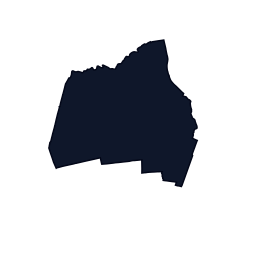 the district of Maracineni, Buzau, Romania, rotated 233°
{"feature_id": "2599482B67036070317980", "entity_name": "Maracineni", "entity_type": "district", "adm_level": 2, "iso_a3": "ROU", "parent_name": "Romania", "parent_adm1": "Buzau", "projection": "albers", "projection_center": [26.812, 45.202], "detail": "fine", "context": "isolated", "style": "filled", "palette": "ink", "viewbox_px": 256, "rotation_deg": 233, "n_neighbors": 0, "source": "geoboundaries", "source_scale": "gbopen_adm2", "svg_char_len": 4859}
<svg xmlns="http://www.w3.org/2000/svg" viewBox="0 0 256 256"><g transform="rotate(233 128 128)"><path d="M176.7,209.5L178.0,207.1L179.7,204.0L181.2,201.2L182.4,199.0L182.4,197.6L182.8,197.6L183.4,197.7L183.9,195.1L183.9,193.6L183.8,192.7L184.2,192.5L184.9,192.1L185.2,191.6L185.2,191.1L185.3,190.6L185.4,189.0L185.4,188.4L185.1,188.2L185.1,187.1L185.5,185.6L185.6,184.2L185.3,183.0L184.7,182.5L183.6,182.6L183.0,182.4L182.8,182.1L182.8,181.6L183.1,180.9L183.9,180.0L185.2,178.7L185.7,177.5L185.9,176.2L185.9,175.0L185.7,173.8L184.8,172.7L184.4,172.1L184.4,171.8L184.4,171.6L184.7,171.2L185.2,170.6L185.8,170.1L186.1,169.7L186.1,169.4L186.0,168.9L185.7,168.2L185.5,167.4L185.1,166.6L184.7,166.1L184.6,165.7L184.6,165.2L184.7,164.9L184.3,163.6L183.6,161.8L183.6,161.4L183.7,161.0L183.9,160.5L184.6,159.5L184.9,158.9L185.0,158.4L184.9,158.1L184.7,157.5L184.4,157.2L184.3,156.9L184.2,156.7L183.7,155.2L183.4,154.8L183.1,154.3L182.8,153.9L182.7,153.7L182.8,153.2L183.1,152.7L183.6,152.1L183.9,151.7L184.3,151.6L184.6,151.3L185.0,150.9L185.2,150.5L185.3,150.2L185.9,149.4L186.5,148.9L187.4,148.9L188.4,148.5L190.1,147.6L192.0,146.6L192.8,146.2L193.3,145.8L193.4,145.4L193.2,145.2L192.1,145.0L191.4,144.8L191.2,144.3L191.4,143.9L192.3,142.9L194.3,141.9L195.5,141.4L195.8,140.6L195.4,140.0L194.5,139.0L194.0,138.3L194.0,137.6L194.2,136.8L194.6,136.1L195.2,135.6L196.0,135.6L197.0,135.8L197.7,135.7L198.0,135.3L197.9,134.0L198.0,133.0L198.2,132.1L198.6,131.7L199.2,131.2L199.3,130.9L199.3,130.6L199.0,130.1L198.8,129.5L199.0,128.9L199.1,128.4L199.5,127.9L199.8,127.6L200.0,127.2L200.0,126.9L199.7,126.4L199.5,126.0L199.4,125.4L199.5,124.9L200.0,124.5L200.7,124.1L201.3,123.7L201.6,123.4L202.0,123.1L202.9,122.4L203.3,122.0L203.3,121.6L203.7,120.9L204.3,120.0L204.6,119.6L205.2,119.3L205.8,118.9L206.6,118.5L207.0,118.0L207.0,117.8L207.0,117.5L206.8,117.1L206.6,116.8L206.4,116.6L206.0,116.3L205.5,115.8L205.0,115.3L204.6,114.9L204.3,114.6L204.1,114.2L203.4,113.2L203.1,112.7L203.0,112.4L203.0,111.8L203.0,111.6L203.2,111.4L203.3,111.1L203.4,110.9L203.5,110.6L203.3,110.3L203.0,110.0L202.7,109.2L202.1,107.9L201.7,106.9L201.2,105.8L200.8,104.7L200.6,104.5L199.5,103.1L198.1,101.4L194.2,96.5L194.0,96.1L192.9,94.8L190.1,91.2L188.1,88.7L187.1,87.6L186.7,87.1L186.4,86.8L186.3,86.6L186.4,85.9L185.7,85.6L184.5,84.1L184.4,84.0L184.1,83.6L183.4,82.7L183.0,82.1L182.1,81.0L181.7,80.4L178.8,76.9L178.6,76.6L177.6,75.4L176.2,73.8L175.6,73.0L174.6,71.9L173.8,70.8L173.1,70.0L172.6,69.4L170.9,67.2L170.6,66.8L170.4,66.5L170.0,66.1L169.7,65.7L169.0,64.7L167.4,62.8L165.9,60.9L164.8,59.6L164.0,58.6L163.6,58.0L163.6,57.7L163.5,57.2L163.4,56.9L163.2,56.7L162.1,55.5L161.4,54.7L160.8,54.1L160.3,53.6L159.9,53.1L159.7,52.8L159.2,52.6L155.1,51.2L149.2,49.3L145.5,48.0L139.1,46.5L139.1,46.8L138.8,47.8L138.7,48.0L137.5,50.9L136.9,52.5L135.6,55.4L134.5,57.8L132.1,63.0L131.5,64.6L131.0,65.5L127.5,73.4L122.4,84.6L120.9,88.0L116.1,85.8L114.9,85.3L112.2,89.5L108.7,95.5L107.9,97.0L106.0,100.0L103.9,103.6L100.7,108.9L99.5,111.6L99.0,112.4L98.1,113.7L97.0,115.5L94.3,119.9L87.0,114.6L83.7,112.0L82.2,114.6L81.7,115.3L81.5,115.6L81.2,116.3L79.8,118.6L76.8,123.0L75.7,124.7L74.2,126.8L73.7,127.6L73.4,127.8L72.6,128.8L72.5,128.6L72.0,128.1L71.8,127.9L71.5,127.6L71.4,127.6L71.0,127.5L70.6,127.4L70.4,127.4L70.2,127.4L69.9,127.4L69.6,127.2L69.3,126.5L69.1,126.4L68.9,126.3L68.5,126.2L68.4,126.1L68.2,126.1L67.7,126.0L67.5,125.9L67.2,125.7L66.8,125.4L65.9,125.4L65.5,125.1L65.0,124.6L63.9,125.7L63.7,125.9L63.6,126.0L63.3,126.3L63.2,126.5L62.9,126.8L62.6,127.1L62.0,127.7L61.5,128.2L60.8,128.9L60.0,129.7L58.4,131.3L57.5,132.3L56.9,132.9L56.5,133.2L56.4,133.4L55.4,134.1L55.0,133.3L53.8,131.5L53.5,131.7L53.4,131.8L52.0,132.8L51.7,133.2L51.0,133.9L50.2,134.6L49.9,134.8L49.7,135.0L49.2,135.3L49.6,136.4L52.5,140.8L60.8,153.4L67.1,163.0L67.3,163.1L68.1,163.2L68.5,163.5L70.4,166.4L72.7,170.0L73.0,170.4L75.9,174.9L76.4,175.8L77.2,175.3L78.5,174.6L81.1,173.2L81.7,174.2L82.7,175.4L83.0,175.9L83.5,176.2L84.5,176.5L84.8,177.7L85.1,178.1L85.3,178.3L86.3,179.0L86.5,179.9L86.9,181.0L86.4,182.1L86.4,183.0L87.2,183.7L88.8,184.4L89.8,184.6L92.0,185.3L92.9,185.6L93.7,186.0L94.4,186.2L94.8,186.2L95.2,186.1L95.7,186.0L97.1,185.5L97.5,185.4L97.7,185.5L98.1,185.8L98.7,186.0L100.2,186.3L101.8,186.9L102.2,187.2L102.6,188.2L102.9,188.6L103.6,189.0L104.3,189.7L105.9,190.3L106.8,190.6L108.2,191.3L110.2,192.5L111.6,194.2L113.4,194.0L114.8,193.2L117.9,193.1L120.7,190.9L122.1,193.2L124.2,192.7L126.3,192.4L132.4,191.5L134.3,191.1L135.5,190.9L137.9,190.7L140.0,190.7L141.1,190.9L143.7,191.6L144.6,192.1L145.6,192.5L146.2,192.4L146.5,192.5L149.0,193.6L150.4,194.1L152.0,195.0L153.4,195.9L154.6,196.8L155.4,197.5L156.6,198.8L157.7,200.0L158.8,201.0L159.0,201.2L159.7,201.6L161.4,202.5L163.0,203.1L166.4,204.7L169.3,206.2L175.0,208.7L176.7,209.5Z" fill="#0f172a" stroke="#020617" stroke-width="1.5"/></g></svg>